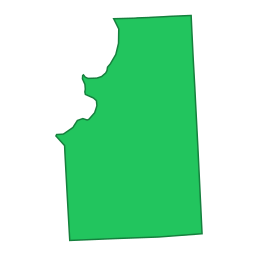 Macomb, Michigan, United States of America (Mercator projection), rotated 179°
{"feature_id": "52423323B97340038946788", "entity_name": "Macomb", "entity_type": "district", "adm_level": 2, "iso_a3": "USA", "parent_name": "United States of America", "parent_adm1": "Michigan", "projection": "mercator", "projection_center": [-82.866, 42.672], "detail": "fine", "context": "isolated", "style": "filled", "palette": "green", "viewbox_px": 256, "rotation_deg": 179, "n_neighbors": 0, "source": "geoboundaries", "source_scale": "gbopen_adm2", "svg_char_len": 802}
<svg xmlns="http://www.w3.org/2000/svg" viewBox="0 0 256 256"><g transform="rotate(179 128 128)"><path d="M55.8,21.0L58.5,108.3L60.0,152.0L60.5,167.4L61.6,196.2L62.5,225.0L62.9,239.4L84.2,238.9L91.0,238.6L103.8,238.2L104.9,238.1L116.7,237.9L119.2,237.7L140.4,237.5L135.5,227.2L136.0,212.8L138.9,201.7L144.1,193.2L144.4,192.6L147.4,189.2L148.0,185.8L149.3,183.4L153.5,179.9L158.3,178.4L167.2,178.3L169.9,179.6L171.6,181.9L172.4,181.3L172.7,178.0L170.3,172.4L170.0,167.6L170.5,164.8L170.0,162.3L162.0,158.6L159.1,155.9L158.7,151.0L159.4,148.6L161.1,143.8L167.0,137.3L168.7,136.7L173.0,138.2L178.5,136.4L181.8,131.4L183.0,129.5L192.8,123.0L199.5,122.7L200.2,121.3L191.7,111.5L191.5,104.2L190.2,68.6L188.2,16.6L142.1,17.7L99.2,18.5L55.8,21.0Z" fill="#22c55e" stroke="#15803d" stroke-width="1.5"/></g></svg>